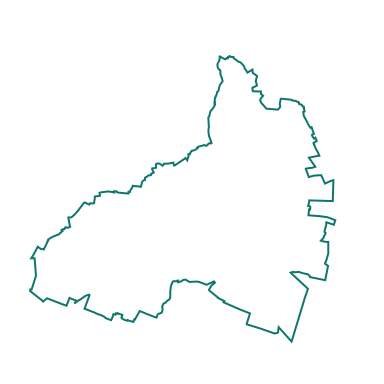 Oradea, Bihor, Romania, rotated 280°
{"feature_id": "2599482B8736220817174", "entity_name": "Oradea", "entity_type": "district", "adm_level": 2, "iso_a3": "ROU", "parent_name": "Romania", "parent_adm1": "Bihor", "projection": "albers", "projection_center": [21.942, 47.075], "detail": "fine", "context": "isolated", "style": "outline", "palette": "teal", "viewbox_px": 384, "rotation_deg": 280, "n_neighbors": 0, "source": "geoboundaries", "source_scale": "gbopen_adm2", "svg_char_len": 5965}
<svg xmlns="http://www.w3.org/2000/svg" viewBox="0 0 384 384"><g transform="rotate(280 192 192)"><path d="M276.6,298.5L275.8,297.4L279.2,294.4L281.6,292.7L286.3,288.9L290.2,287.6L290.9,288.9L291.6,288.5L292.9,288.1L293.5,287.6L293.9,287.8L295.2,287.5L295.5,287.0L295.5,286.1L295.6,285.9L296.4,285.5L297.1,284.7L297.2,284.1L297.0,283.3L297.1,282.6L297.5,282.0L297.8,281.9L298.4,281.9L298.7,281.7L298.9,281.5L298.9,281.1L299.2,280.6L299.1,280.1L299.8,278.1L299.4,275.7L300.1,274.2L299.4,263.7L299.0,263.2L293.8,263.1L292.1,264.0L290.3,263.8L288.0,262.2L287.0,250.8L291.7,244.9L294.1,243.2L295.9,243.4L299.1,245.3L300.6,242.8L302.9,242.4L301.8,234.4L304.8,233.4L305.5,233.8L307.3,236.5L307.9,237.2L308.3,237.5L312.2,235.5L317.5,236.0L319.9,231.1L323.0,230.3L319.2,225.8L320.4,224.8L321.2,224.3L322.9,222.3L324.8,221.5L326.9,218.9L327.9,217.6L328.2,216.5L328.4,215.4L328.9,214.1L331.0,209.9L332.2,209.4L331.7,206.6L332.3,206.0L332.3,205.3L331.7,204.6L331.6,204.8L331.1,204.6L331.2,204.4L330.8,204.2L330.5,204.4L329.9,204.1L330.3,203.6L329.8,202.8L328.4,201.8L330.3,195.8L329.9,195.7L328.5,196.1L327.0,196.1L325.4,195.8L323.5,195.1L321.9,194.9L320.6,195.3L319.6,195.5L318.5,196.2L317.6,197.0L316.9,198.3L316.9,198.6L316.1,198.9L314.3,199.2L313.8,199.5L312.5,199.6L309.8,201.5L309.2,201.6L307.2,202.6L306.5,202.9L306.0,202.8L304.3,201.8L303.5,201.5L302.5,201.0L300.5,200.6L296.4,200.5L295.4,200.1L294.8,199.4L294.5,199.3L292.7,199.4L289.9,198.7L289.2,198.4L289.1,198.6L286.8,198.3L284.5,199.0L284.3,198.5L282.7,198.8L282.8,199.3L282.2,199.6L279.4,198.7L277.2,197.6L276.9,197.6L275.5,196.5L274.8,196.2L271.7,195.9L270.3,195.9L269.1,195.6L268.7,195.3L267.5,195.3L259.0,197.3L256.4,197.4L254.3,197.7L250.7,198.8L250.0,199.1L245.3,201.8L245.2,201.6L245.3,201.9L245.2,202.0L244.5,202.2L243.5,202.7L243.3,202.5L243.2,202.3L243.0,202.1L243.2,201.5L243.2,201.0L243.1,200.8L242.2,199.7L240.8,199.0L239.9,197.8L240.5,196.0L239.4,194.2L237.9,190.7L237.3,190.0L236.7,189.4L236.1,189.9L234.5,188.3L233.2,186.3L232.9,185.8L232.7,184.9L232.4,184.4L231.7,184.2L230.3,183.5L228.7,183.3L228.7,181.9L226.4,182.3L222.4,181.8L224.4,179.7L223.2,178.7L215.2,170.4L215.0,169.6L217.7,168.5L215.7,163.3L215.0,159.5L212.8,158.6L213.6,157.0L214.3,154.7L214.3,153.9L214.1,153.3L213.8,152.7L213.6,151.9L212.8,151.7L209.7,152.4L209.4,152.0L208.3,148.7L207.6,148.8L206.6,149.3L204.5,150.9L203.8,149.9L202.7,148.6L202.1,148.9L201.7,148.8L201.2,148.1L200.8,146.2L199.6,145.3L198.8,144.5L198.5,144.1L198.3,143.5L197.5,143.2L197.4,143.3L195.7,143.6L195.0,142.2L193.7,141.3L192.5,141.0L191.1,141.1L188.1,140.6L188.3,139.2L188.1,138.4L188.2,137.8L188.0,135.3L187.7,134.8L187.9,132.6L186.0,132.3L182.6,130.9L181.3,130.9L181.2,129.4L179.4,129.6L178.6,119.2L178.8,118.2L179.1,117.9L179.6,117.6L179.4,117.2L179.2,115.1L178.0,115.5L177.9,114.9L178.2,114.8L177.9,108.9L175.8,102.3L175.2,101.1L172.3,102.0L172.0,101.4L170.7,97.1L168.7,97.4L165.1,97.4L164.1,97.6L163.8,97.3L163.6,96.4L163.2,93.6L161.8,93.1L163.0,88.2L162.9,87.7L153.5,82.8L149.5,80.4L146.5,78.0L145.9,77.1L145.6,75.2L145.4,74.6L142.4,75.8L139.9,76.6L137.6,77.5L136.5,78.0L136.3,77.5L135.7,76.9L135.2,75.8L135.1,74.5L135.4,74.1L135.5,73.9L135.2,73.5L134.9,73.5L134.4,73.1L133.9,73.1L133.3,72.8L133.2,71.9L132.5,71.2L132.5,70.9L132.1,70.2L131.1,71.2L130.6,70.4L130.2,70.3L129.6,70.3L129.4,70.1L128.9,69.4L128.4,68.9L127.7,68.7L127.3,68.4L126.7,67.6L126.4,66.7L125.7,65.8L125.0,64.6L123.9,62.9L121.2,59.5L119.6,58.9L119.8,58.6L117.8,58.1L117.6,58.3L109.7,56.0L110.1,55.2L109.5,53.5L111.3,49.6L101.8,46.5L98.8,45.2L99.4,48.5L82.4,52.9L68.2,51.0L68.0,50.3L68.0,49.7L66.4,49.7L58.7,64.1L58.4,64.1L58.2,64.3L62.1,67.7L62.1,67.9L59.1,83.0L58.2,88.1L66.4,89.8L66.2,90.3L64.8,97.3L61.7,95.5L65.9,99.5L65.9,99.8L71.2,105.1L71.8,105.9L73.0,108.7L72.4,109.0L58.4,106.4L56.3,117.3L55.6,119.3L54.8,124.2L54.0,127.1L52.8,128.9L51.7,134.5L52.8,134.9L54.2,135.3L58.2,135.9L57.9,137.9L59.4,138.2L59.1,139.9L59.7,140.0L58.8,144.8L56.1,144.3L56.0,144.8L55.2,145.1L54.9,146.2L54.3,147.7L54.0,150.6L54.7,150.8L54.1,153.7L54.1,155.1L53.8,156.8L56.7,157.3L56.5,157.9L65.7,161.2L64.2,168.0L62.4,176.9L62.2,178.9L63.2,179.1L63.8,179.0L64.8,179.3L66.0,179.9L67.6,182.7L68.0,183.1L69.7,183.4L71.6,183.4L72.2,183.2L73.6,182.6L74.1,182.5L76.0,183.0L77.3,183.5L77.7,183.9L78.3,185.1L80.6,186.5L82.3,188.4L84.0,188.8L85.6,188.7L91.1,187.8L95.8,187.6L96.9,187.8L97.3,188.0L98.3,187.9L99.2,188.4L100.7,188.8L101.2,190.8L101.4,192.2L102.3,193.1L102.4,193.6L100.7,194.0L101.3,195.4L102.1,196.7L104.0,198.9L104.5,200.4L104.5,201.1L103.5,203.7L103.0,205.3L104.6,212.0L104.7,214.5L103.2,222.5L106.9,228.0L107.8,229.1L106.7,230.3L103.8,227.9L102.7,227.1L98.5,225.7L98.0,226.1L92.3,236.3L92.1,236.2L90.2,242.8L88.9,242.2L84.7,259.3L82.5,270.2L71.9,268.8L71.3,268.8L71.2,268.9L69.4,283.2L67.0,297.9L68.3,300.9L68.7,301.1L73.9,300.8L62.0,316.0L62.5,316.1L108.1,321.6L116.8,323.0L129.7,303.1L129.9,303.4L130.1,304.0L130.9,305.2L130.8,307.3L131.9,311.2L131.3,314.5L131.1,319.7L131.2,320.1L129.4,322.9L128.7,323.0L128.3,338.5L142.8,338.8L144.5,335.5L145.1,335.4L147.8,336.1L155.0,336.9L166.4,334.9L166.3,334.6L166.1,331.8L166.2,329.2L166.4,327.4L169.9,329.6L170.7,329.7L171.6,329.6L173.8,330.7L174.8,330.7L175.1,330.5L175.6,329.4L175.8,329.3L182.7,329.9L184.5,329.6L185.5,329.6L184.4,337.4L189.1,338.0L190.5,330.9L190.7,328.9L190.4,322.5L189.3,310.7L195.1,310.3L195.1,311.0L195.5,311.0L195.5,311.3L197.6,311.2L198.6,310.3L198.6,310.1L198.4,309.9L198.3,309.6L198.4,309.4L198.4,308.8L201.9,309.1L204.1,308.9L207.5,332.2L228.2,329.2L227.0,326.7L223.4,321.5L231.0,316.3L230.5,313.9L229.4,309.8L229.1,308.8L227.0,304.4L234.3,300.2L234.7,300.0L235.8,302.8L236.2,304.6L237.1,307.0L238.1,308.4L238.3,309.0L246.1,301.2L249.1,308.8L249.8,311.1L252.4,309.5L255.3,307.1L259.4,304.2L260.0,304.2L260.0,303.8L260.9,303.2L261.6,303.2L263.9,306.0L264.0,306.0L266.9,304.1L265.7,303.1L267.5,301.1L268.9,300.2L269.4,300.4L270.4,302.0L273.4,300.2L276.6,298.5Z" fill="none" stroke="#0f766e" stroke-width="2"/></g></svg>